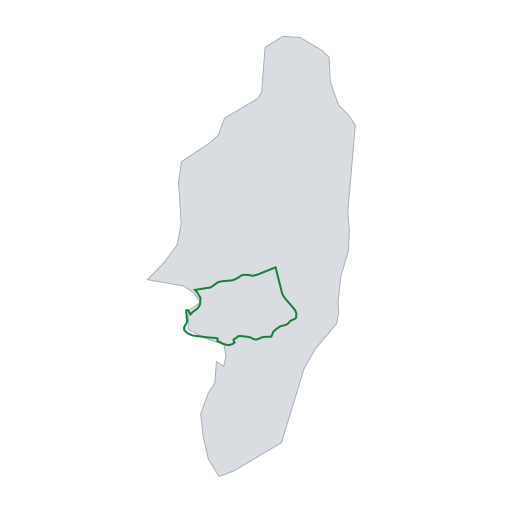 Saint Catherine highlighted on a map of Jamaica, rotated 85°
{"feature_id": "JAM-1380", "entity_name": "Saint Catherine", "entity_type": "Parish", "adm_level": 1, "iso_a3": "JAM", "parent_name": "Jamaica", "parent_adm1": "", "projection": "equal_earth", "projection_center": [-76.985, 18.04], "detail": "fine", "context": "in_parent", "style": "outline", "palette": "green", "viewbox_px": 512, "rotation_deg": 85, "n_neighbors": 0, "source": "natural_earth", "source_scale": "10m", "svg_char_len": 1959}
<svg xmlns="http://www.w3.org/2000/svg" viewBox="0 0 512 512"><g transform="rotate(85 256 256)"><path d="M258.7,163.4L283.5,173.2L309.1,178.3L320.1,178.5L330.5,181.7L353.9,205.2L372.7,218.1L444.1,246.8L468.0,296.5L472.5,312.0L454.0,321.2L430.8,324.4L408.6,324.9L388.1,315.4L379.1,308.1L357.8,304.6L363.1,297.9L353.6,294.8L341.7,295.5L333.0,314.6L323.2,329.7L304.5,328.2L297.4,315.3L287.5,321.1L279.6,330.7L270.1,366.3L254.9,348.6L238.3,333.8L217.4,327.7L175.3,326.7L155.5,321.9L139.0,291.8L132.5,283.1L115.9,275.3L99.4,240.8L93.5,236.1L48.7,228.7L39.5,209.9L42.3,192.8L57.3,171.9L64.6,165.9L89.4,166.8L113.1,160.5L123.5,151.6L134.4,145.7L220.1,160.7L239.9,160.9L258.7,163.4Z" fill="#d9dde1" stroke="#a8b0b8" stroke-width="1"/><path d="M342.4,290.5L341.8,293.3L340.8,296.2L338.3,299.8L337.5,301.9L334.8,301.5L334.0,303.5L333.2,309.8L329.6,326.3L326.9,331.2L323.6,333.9L321.0,333.9L319.2,332.9L317.5,331.4L315.3,330.3L304.1,330.3L304.1,328.3L308.4,326.4L306.2,323.9L303.4,319.2L301.3,317.1L298.8,315.8L292.9,315.0L287.6,317.4L284.5,319.8L283.5,306.7L283.6,305.8L283.4,304.6L283.1,303.4L279.1,296.7L278.8,296.1L278.6,295.3L278.4,293.7L278.2,291.6L278.2,282.1L277.9,280.7L277.4,278.9L276.3,276.2L275.1,274.0L274.8,273.5L274.0,271.9L273.8,270.9L273.7,269.5L274.2,265.6L274.8,263.0L275.5,261.1L274.7,256.2L269.0,237.5L296.3,233.1L300.4,231.0L312.6,222.2L315.7,221.0L316.3,220.9L316.9,220.8L320.8,221.4L321.5,222.0L322.1,223.0L323.3,226.7L324.0,227.9L325.6,229.4L326.5,230.6L327.3,232.8L327.7,235.0L328.0,237.3L328.4,238.5L330.8,242.6L332.9,245.3L337.7,247.8L337.3,255.0L337.4,256.0L337.7,257.8L339.0,261.3L339.2,262.7L339.2,263.7L338.5,265.7L338.2,266.3L337.9,266.8L337.5,267.3L337.1,267.7L336.5,269.1L335.8,271.4L334.6,276.9L334.3,279.3L334.3,280.8L335.8,282.5L336.0,282.8L336.2,283.2L336.6,284.5L336.8,285.1L337.2,285.5L337.7,285.7L338.2,285.7L338.8,285.6L339.8,285.0L340.3,284.8L341.7,287.3L342.4,290.5Z" fill="none" stroke="#15803d" stroke-width="2"/></g></svg>